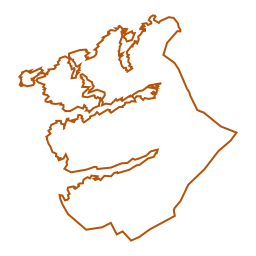 outline of Snillfjord nor, Sør-Trøndelag, Norway
{"feature_id": "86288312B69677732452167", "entity_name": "Snillfjord nor", "entity_type": "district", "adm_level": 2, "iso_a3": "NOR", "parent_name": "Norway", "parent_adm1": "Sør-Trøndelag", "projection": "orthographic", "projection_center": [9.339, 63.426], "detail": "fine", "context": "isolated", "style": "outline", "palette": "amber", "viewbox_px": 256, "rotation_deg": 0, "n_neighbors": 0, "source": "geoboundaries", "source_scale": "gbopen_adm2", "svg_char_len": 5542}
<svg xmlns="http://www.w3.org/2000/svg" viewBox="0 0 256 256"><path d="M180.3,31.4L180.4,29.8L178.5,26.5L177.9,23.3L173.7,17.9L168.8,17.2L160.2,21.1L158.9,22.9L154.1,20.1L153.9,18.8L155.5,16.4L154.9,15.7L153.0,15.4L150.2,17.2L148.8,20.2L151.1,21.9L151.3,23.5L147.9,25.0L146.6,23.2L142.7,23.8L144.6,26.4L142.6,27.3L142.3,25.8L141.0,27.6L142.4,27.3L140.9,29.1L145.0,29.0L145.0,30.8L142.7,31.1L140.2,35.0L138.0,36.3L138.6,36.1L138.1,36.9L138.8,39.1L137.2,43.5L136.1,42.7L136.1,41.4L134.7,41.1L134.2,43.5L132.7,44.5L132.7,47.3L131.9,45.5L126.8,51.9L127.3,54.5L128.8,55.0L127.2,56.8L128.8,57.7L128.2,61.7L130.3,64.1L129.1,65.8L131.7,67.0L131.2,67.7L132.1,68.5L127.4,71.6L127.2,70.3L126.0,70.1L125.9,67.8L123.7,68.1L122.0,66.1L120.8,62.7L121.0,61.3L119.2,59.7L119.9,57.3L122.4,55.5L121.4,54.8L122.5,53.3L120.3,54.2L119.6,56.4L118.9,55.6L119.1,51.8L118.6,51.1L119.4,50.3L119.8,46.5L121.2,43.8L119.7,42.9L122.3,36.2L121.6,32.4L123.5,31.5L122.4,31.2L123.5,30.5L124.9,31.3L123.8,33.4L124.5,33.5L127.0,29.1L124.4,28.8L122.4,30.1L122.3,28.4L119.6,25.9L118.6,26.4L119.0,27.2L118.2,28.4L116.2,28.4L117.3,29.1L115.4,30.7L110.6,30.1L108.0,32.1L108.1,33.4L109.3,33.2L109.6,33.5L108.5,34.8L103.3,37.2L104.1,37.5L102.4,39.5L102.8,40.1L97.3,44.6L98.6,46.3L94.6,49.7L96.3,50.1L96.7,52.3L96.2,52.8L96.3,54.3L93.8,56.8L86.7,59.4L87.8,57.3L85.9,57.2L85.3,55.9L89.1,52.9L86.3,51.8L86.1,51.0L86.8,50.3L86.1,49.6L80.1,50.0L69.1,53.5L69.0,56.4L71.5,59.4L73.1,59.7L72.9,60.7L74.9,63.1L75.9,66.0L77.4,66.7L80.1,64.7L79.3,66.8L79.8,68.1L78.8,69.3L79.6,70.2L76.8,71.4L76.9,72.9L78.3,72.9L76.1,75.3L75.8,77.7L71.6,78.2L72.2,75.0L74.7,69.2L74.1,68.1L71.7,69.2L71.2,66.9L71.5,66.2L70.5,65.9L70.1,63.6L68.1,62.7L69.4,60.8L69.2,58.5L65.1,56.4L60.1,58.1L59.5,58.9L59.6,60.4L57.9,61.9L58.6,64.3L54.8,65.7L55.7,67.3L54.2,69.0L48.6,69.5L49.0,70.8L47.1,72.6L47.6,73.2L47.3,74.2L44.1,73.5L45.7,74.6L44.8,75.2L45.1,76.3L37.7,78.5L36.2,80.3L38.5,82.5L44.4,84.6L43.2,87.0L45.3,88.5L43.9,89.5L44.8,90.0L44.3,92.1L45.1,92.1L43.3,92.9L43.4,94.3L47.4,95.1L48.7,96.6L45.4,99.9L45.6,101.4L47.8,102.1L50.9,100.9L51.6,101.6L50.8,102.7L51.8,103.4L55.5,104.0L61.1,103.3L61.5,104.0L60.9,104.7L63.4,104.9L63.6,107.2L62.7,108.7L65.3,111.0L70.0,111.1L77.8,106.7L83.0,108.5L84.3,105.1L85.3,105.9L85.3,107.3L86.7,107.9L86.6,109.5L87.3,110.1L86.6,110.6L88.8,110.7L89.3,112.2L93.5,108.0L99.2,105.7L99.0,104.0L100.4,100.1L99.8,98.7L101.3,97.5L99.3,98.3L97.7,97.0L96.4,98.3L94.8,97.5L94.8,95.9L94.0,95.3L87.5,97.3L82.7,96.5L83.0,93.4L88.2,88.7L87.9,87.8L88.9,87.1L82.3,86.9L84.0,83.0L83.0,82.1L83.8,80.4L81.4,78.1L82.0,77.4L80.6,76.7L80.7,74.8L82.5,74.2L86.5,77.0L87.5,79.6L92.0,82.2L92.7,85.2L93.8,86.1L92.8,88.2L89.4,90.6L88.7,92.8L97.0,89.7L104.5,92.4L104.8,95.3L101.5,100.1L102.9,102.1L102.1,105.2L105.8,103.6L110.7,104.4L116.1,99.1L117.2,100.7L121.9,98.1L121.4,100.3L122.1,100.9L128.9,96.4L130.6,97.1L129.6,96.2L130.6,95.5L132.9,97.1L132.4,95.6L133.1,94.7L138.5,91.3L142.7,90.4L149.3,85.4L161.2,83.2L156.9,85.6L155.5,85.1L157.9,86.4L156.7,87.0L157.4,87.7L155.7,87.6L156.2,88.4L152.9,86.6L150.1,87.6L156.5,88.8L156.9,91.2L156.3,93.4L153.7,91.7L151.5,93.1L152.8,94.2L155.4,93.9L154.3,96.6L154.9,97.8L148.8,98.9L144.7,98.1L143.1,99.9L140.7,97.7L140.7,96.3L136.9,96.2L134.4,98.8L135.4,101.6L131.6,101.1L129.8,102.5L125.3,102.7L124.6,104.9L122.6,106.0L122.7,107.0L119.3,106.9L111.1,112.7L109.5,111.5L110.0,110.1L107.7,109.5L99.4,114.6L97.0,112.1L94.7,114.9L90.1,116.5L90.0,118.1L83.9,122.4L82.4,120.7L82.7,118.8L81.4,118.2L82.0,116.2L80.1,115.0L78.3,115.1L77.4,119.2L75.6,119.3L74.1,122.0L72.3,121.6L73.1,120.0L70.2,120.9L67.8,119.9L68.2,118.7L67.0,118.8L66.6,119.7L67.6,119.9L65.6,122.3L65.2,124.6L64.2,126.6L64.3,128.1L64.0,128.3L64.2,124.4L61.1,123.7L60.9,120.9L56.3,120.9L56.7,122.6L51.4,124.8L50.1,127.5L51.0,128.9L48.4,130.7L50.5,133.6L46.4,136.7L47.3,137.9L46.9,138.9L48.5,143.7L50.5,146.7L52.4,152.0L56.3,153.7L56.0,156.3L57.8,156.9L58.1,158.2L59.8,158.1L58.6,159.4L58.9,160.3L63.5,158.5L65.8,154.3L67.9,159.3L66.4,162.1L67.1,164.8L64.4,168.8L71.1,172.3L86.5,169.6L94.5,166.8L96.4,167.0L97.4,169.0L110.9,167.6L121.7,163.3L127.4,163.0L132.7,158.7L135.1,159.7L138.4,158.7L146.2,155.6L150.7,151.4L157.7,149.6L156.7,153.1L156.0,152.8L153.6,157.0L148.3,158.3L139.3,165.0L136.6,165.3L129.2,169.8L117.5,173.2L117.2,172.2L114.1,173.0L111.1,176.3L104.4,175.8L100.6,180.1L98.7,178.6L94.3,180.3L95.5,179.2L94.1,178.7L97.4,177.5L97.8,176.3L91.5,175.6L89.9,178.4L87.7,177.2L84.5,178.9L83.4,180.1L82.9,183.3L79.2,183.6L78.7,184.8L79.3,184.9L78.5,184.8L79.1,186.0L75.4,188.7L74.3,188.5L74.0,187.7L74.7,187.0L73.8,186.4L68.1,187.5L67.5,189.6L69.6,193.9L67.9,195.1L68.8,198.3L67.3,199.8L65.0,200.3L62.5,195.6L59.6,195.0L60.4,199.2L62.6,204.6L68.0,214.1L86.2,229.7L102.1,227.3L110.8,222.9L116.8,234.4L122.6,231.4L131.1,240.6L139.4,236.9L149.9,229.3L174.8,215.9L173.8,210.5L174.5,208.2L180.7,200.7L188.3,184.7L204.5,169.2L218.3,151.2L230.6,140.6L236.5,132.6L220.8,126.4L203.8,112.6L197.3,110.1L190.3,95.8L189.3,92.3L187.0,88.7L178.7,69.3L174.5,62.9L163.4,54.9L167.1,42.8L177.3,31.2L180.3,31.4ZM40.6,68.2L30.3,73.0L29.3,72.3L30.8,70.6L28.0,71.5L26.5,70.6L21.2,72.8L23.1,72.4L19.5,76.7L21.4,77.3L20.5,78.5L21.3,79.5L21.0,81.6L22.3,83.9L21.5,84.7L20.3,83.5L19.7,84.8L21.0,86.1L24.1,85.2L27.3,86.3L33.3,85.0L34.5,82.9L33.6,81.9L33.9,80.8L31.8,80.0L31.6,78.8L33.6,79.3L34.0,78.4L33.3,78.2L38.6,74.8L38.2,74.1L38.8,73.5L44.0,73.2L40.6,72.4L42.8,70.6L40.3,68.8L40.6,68.2ZM132.0,31.3L125.2,34.5L123.3,37.0L125.8,38.9L126.9,41.4L131.9,40.1L134.7,33.1L132.6,33.3L132.0,31.3Z" fill="none" stroke="#b45309" stroke-width="2"/></svg>